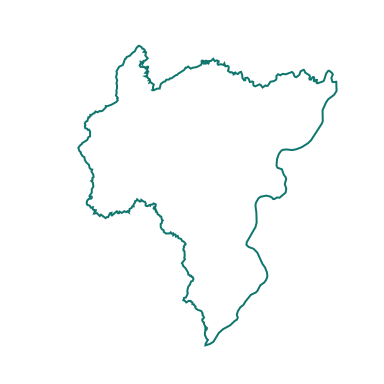 outline of Puerto Boyacá, Boyacá, Colombia, rotated 192°
{"feature_id": "7082276B10585708061512", "entity_name": "Puerto Boyacá", "entity_type": "district", "adm_level": 2, "iso_a3": "COL", "parent_name": "Colombia", "parent_adm1": "Boyacá", "projection": "orthographic", "projection_center": [-74.402, 6.004], "detail": "fine", "context": "isolated", "style": "outline", "palette": "teal", "viewbox_px": 384, "rotation_deg": 192, "n_neighbors": 0, "source": "geoboundaries", "source_scale": "gbopen_adm2", "svg_char_len": 6074}
<svg xmlns="http://www.w3.org/2000/svg" viewBox="0 0 384 384"><g transform="rotate(192 192 192)"><path d="M71.6,320.9L73.8,329.8L76.8,328.8L77.6,329.0L79.4,332.5L78.7,336.2L79.9,337.6L83.1,339.2L84.0,338.7L85.4,335.8L86.1,328.4L87.0,327.3L91.9,324.4L92.8,324.6L93.1,327.6L93.9,327.5L95.0,325.8L95.9,325.9L96.3,329.2L96.8,329.7L97.9,329.4L99.0,326.7L100.3,326.5L100.8,327.2L100.6,329.4L101.4,330.6L106.1,332.3L107.6,334.5L108.4,334.7L110.9,332.6L111.4,328.8L113.8,326.1L115.2,326.1L116.6,327.5L117.2,329.0L119.1,330.2L124.8,326.6L127.9,326.4L130.0,324.5L132.3,325.1L133.6,322.9L132.9,320.6L133.4,318.9L135.1,317.4L138.2,316.2L139.9,311.8L140.8,311.3L142.3,311.5L144.7,308.9L146.8,310.8L148.3,311.3L152.0,308.6L153.1,308.6L154.3,309.4L155.0,312.4L156.1,312.6L158.3,311.6L160.0,314.3L161.6,315.3L163.5,314.7L163.2,312.4L164.2,312.1L166.4,314.0L167.2,316.9L169.0,319.7L170.4,318.9L171.6,316.9L173.7,317.4L175.2,316.1L175.1,317.5L176.7,316.5L178.0,317.5L179.6,316.9L182.0,318.0L181.8,321.0L182.4,322.4L183.5,322.8L185.5,321.9L187.1,324.5L187.6,322.8L190.4,323.0L192.8,321.9L193.7,322.7L193.7,323.9L192.9,324.9L193.3,325.6L195.1,325.9L197.0,324.7L198.9,326.7L200.9,324.0L203.2,323.5L202.4,321.8L202.7,321.0L204.6,321.7L204.8,322.9L205.6,323.3L206.1,322.2L205.4,320.4L207.3,320.0L208.0,320.9L207.8,322.6L209.3,322.7L209.9,321.9L209.1,320.3L209.6,318.2L213.3,315.2L217.3,313.6L218.9,312.4L221.9,313.9L223.2,312.4L224.1,312.3L225.1,309.7L230.1,304.8L230.9,303.4L232.2,302.8L235.7,298.9L237.2,298.5L237.8,297.3L240.6,296.4L241.0,294.7L242.7,293.9L245.0,291.2L245.1,286.5L247.7,285.8L250.5,283.6L251.6,283.4L252.1,283.5L251.5,284.6L252.0,286.6L251.7,289.1L255.3,290.8L256.3,290.2L256.0,291.9L256.3,292.5L257.2,292.4L256.7,293.2L257.0,293.6L258.9,294.2L259.3,295.0L261.8,295.5L260.4,296.2L260.3,297.0L260.2,299.1L262.3,298.8L261.3,300.8L260.2,301.0L261.8,302.8L260.8,304.4L261.0,305.4L261.8,305.3L263.3,303.4L264.1,304.4L265.8,304.0L266.4,304.7L267.3,303.9L268.4,303.7L269.6,305.0L269.5,305.9L268.5,306.6L269.3,308.7L267.8,308.5L267.0,307.3L266.4,308.7L266.7,310.2L265.0,310.8L263.1,313.5L266.1,315.9L266.0,319.0L268.2,319.0L267.3,320.3L267.8,320.9L269.2,322.0L270.4,321.9L271.8,323.4L274.4,324.0L276.2,321.6L277.2,317.7L279.0,316.0L281.1,312.4L284.0,310.4L284.3,309.0L285.2,308.1L286.0,301.9L289.3,299.4L290.9,294.4L290.0,291.9L290.2,288.7L288.4,285.6L288.4,282.1L287.6,281.1L287.0,278.1L287.0,275.1L286.3,273.5L286.5,270.6L284.1,268.6L284.6,267.7L283.7,266.3L284.8,264.3L289.1,260.5L292.8,258.3L294.2,258.2L293.9,256.8L296.3,253.0L297.7,252.1L299.2,252.0L300.8,250.4L303.2,250.7L303.8,248.7L304.8,248.4L306.1,246.7L307.5,246.3L307.1,245.0L307.8,244.5L307.9,243.6L308.9,243.5L309.1,239.7L310.6,238.6L311.1,236.6L310.1,235.3L310.5,233.9L309.7,232.2L307.7,232.1L306.7,231.1L305.6,231.5L304.2,229.9L303.3,225.2L304.8,223.9L305.3,221.1L309.6,217.0L309.7,216.0L310.9,214.7L312.4,211.6L310.5,208.5L309.0,207.8L308.8,206.6L306.4,204.3L304.6,203.8L303.4,201.0L301.6,199.0L298.4,197.1L297.2,194.3L295.8,193.2L294.3,193.2L294.6,191.2L292.2,188.4L291.5,186.6L291.4,186.0L292.4,184.9L291.8,182.9L292.8,181.9L290.9,180.6L289.6,176.8L290.6,173.8L289.9,170.6L291.5,166.7L290.9,165.9L289.2,166.6L288.8,165.7L289.1,164.7L291.6,163.7L292.7,161.9L292.8,159.7L292.3,158.2L291.5,157.6L289.2,157.4L287.8,155.7L285.8,156.5L285.8,154.9L284.5,154.0L282.2,154.2L282.2,153.5L283.1,152.9L283.4,150.5L280.6,151.6L277.2,149.3L276.3,150.9L271.1,148.5L270.1,149.7L268.8,150.0L267.8,154.2L266.5,154.9L266.5,153.2L265.4,152.4L261.7,157.4L261.0,157.4L260.4,156.1L259.6,155.8L259.0,156.1L258.7,157.7L256.4,156.9L254.1,159.2L252.4,158.6L251.3,159.4L249.8,158.9L250.5,160.0L249.4,160.3L249.5,162.5L247.9,163.7L247.4,165.5L246.1,165.8L246.7,166.8L245.5,170.2L245.7,171.2L244.5,172.0L244.2,173.4L241.1,171.8L240.1,172.2L240.0,173.8L237.4,172.6L236.0,172.6L234.9,171.3L234.6,169.2L233.7,168.8L232.6,168.9L231.1,170.3L230.1,169.9L229.9,170.9L227.7,171.8L227.3,172.8L224.9,172.4L224.6,170.5L224.9,169.8L225.8,169.7L226.2,168.1L225.6,167.6L224.9,168.3L224.3,168.0L223.9,166.7L223.2,166.5L223.3,165.2L221.8,164.9L221.1,163.2L218.6,162.2L218.1,161.5L217.0,161.5L215.8,158.8L214.7,158.2L215.2,157.4L215.2,155.0L216.0,154.2L215.3,151.2L213.8,149.4L211.8,148.7L211.4,147.2L208.9,146.0L205.1,146.9L204.4,148.1L203.1,147.0L201.9,147.6L201.3,145.8L200.4,146.9L199.3,147.0L198.4,145.0L196.8,146.0L195.6,144.1L192.8,143.8L191.4,142.0L190.0,141.9L187.6,140.2L187.4,139.2L188.1,138.8L188.7,137.1L188.2,136.4L188.6,134.8L188.2,133.1L187.5,133.0L186.9,132.0L185.8,127.6L186.0,126.3L184.9,124.7L187.1,120.3L186.0,119.3L185.5,118.0L182.5,116.1L179.1,112.4L178.4,110.4L177.1,110.3L176.1,109.3L175.2,109.8L174.5,108.9L173.5,108.8L172.5,107.2L172.8,105.3L174.4,104.2L174.7,101.2L175.9,98.8L176.1,95.6L175.8,93.2L175.1,92.4L175.2,91.1L176.0,87.6L177.8,86.7L177.9,84.3L176.9,84.4L174.6,82.8L172.7,84.7L170.7,85.2L170.0,84.4L168.7,84.2L168.3,82.4L166.6,82.4L166.4,81.7L164.7,80.7L164.8,79.7L163.9,78.8L161.8,77.9L158.4,77.6L156.8,76.1L156.7,75.2L156.0,74.7L156.0,73.6L154.2,72.0L154.5,70.5L155.5,69.6L155.3,68.5L154.2,67.2L153.1,66.8L152.8,65.4L151.3,63.4L149.5,62.3L150.4,61.7L149.1,61.0L149.4,60.2L150.3,59.8L149.9,59.2L150.2,57.5L149.7,54.9L147.4,51.7L145.7,50.7L147.1,46.6L147.0,44.8L143.0,47.0L139.9,50.0L136.5,59.7L133.0,64.4L127.0,69.5L123.2,75.0L121.5,76.5L121.1,78.7L122.7,81.3L122.3,85.1L120.7,89.4L118.3,92.1L116.9,96.1L113.1,103.6L108.7,107.0L107.5,108.8L105.7,115.1L102.4,118.6L101.2,121.6L100.7,125.2L102.0,129.0L104.9,133.4L108.2,136.4L115.4,146.2L120.0,149.3L125.1,150.0L127.8,151.6L128.0,154.2L122.6,171.0L122.4,175.5L124.8,185.4L126.8,190.9L127.3,193.4L127.0,195.7L125.5,199.9L123.9,201.6L118.6,203.9L114.6,203.8L112.4,203.1L111.4,202.1L110.2,202.1L107.6,204.3L105.1,204.7L100.3,210.9L100.5,215.0L102.9,219.0L102.5,224.2L103.4,225.9L105.8,228.0L108.8,232.9L113.4,233.5L114.8,235.4L115.7,241.8L114.9,247.4L113.4,250.7L112.2,252.0L108.8,253.2L102.5,253.9L98.5,255.7L93.9,258.7L88.6,263.9L86.3,267.4L79.3,285.7L78.8,288.3L81.3,299.1L79.5,307.5L78.0,311.1L73.2,316.6L71.6,320.9Z" fill="none" stroke="#0f766e" stroke-width="2"/></g></svg>